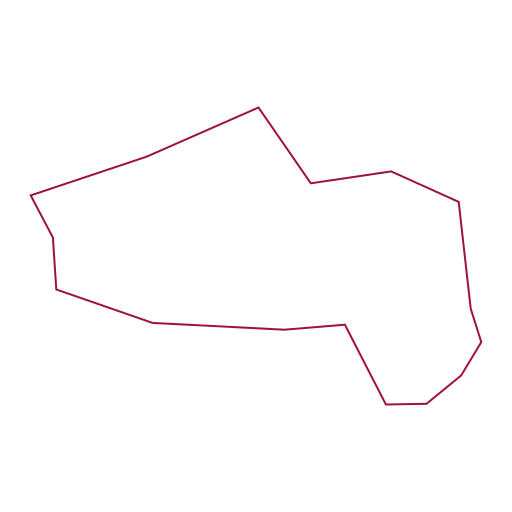 Bălţi, Natural Earth projection
{"feature_id": "MDA-1618", "entity_name": "Bălţi", "entity_type": "City", "adm_level": 1, "iso_a3": "MDA", "parent_name": "Moldova", "parent_adm1": "", "projection": "natural_earth1", "projection_center": [27.968, 47.763], "detail": "fine", "context": "isolated", "style": "outline", "palette": "rose", "viewbox_px": 512, "rotation_deg": 0, "n_neighbors": 0, "source": "natural_earth", "source_scale": "10m", "svg_char_len": 328}
<svg xmlns="http://www.w3.org/2000/svg" viewBox="0 0 512 512"><path d="M258.5,107.5L310.8,183.3L391.1,171.4L458.7,201.9L470.7,308.6L481.3,342.1L461.2,375.4L426.5,403.8L385.9,404.5L344.9,324.7L284.2,329.7L152.5,322.9L56.3,289.5L52.9,237.5L30.7,195.4L146.5,156.7L258.5,107.5Z" fill="none" stroke="#9f1239" stroke-width="2"/></svg>